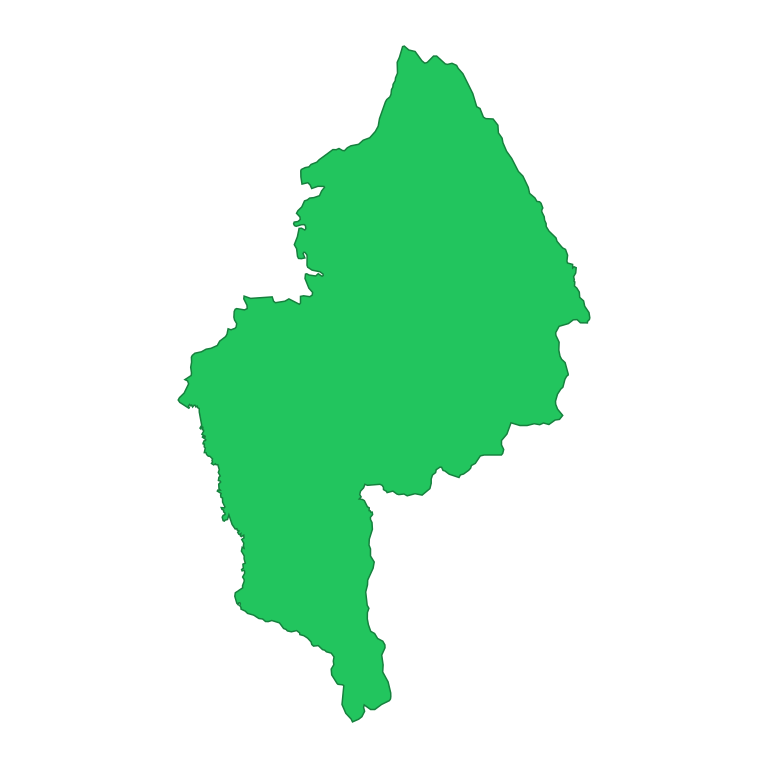 Marinilla, Antioquia, Colombia
{"feature_id": "7082276B39269491534376", "entity_name": "Marinilla", "entity_type": "district", "adm_level": 2, "iso_a3": "COL", "parent_name": "Colombia", "parent_adm1": "Antioquia", "projection": "natural_earth1", "projection_center": [-75.307, 6.179], "detail": "fine", "context": "isolated", "style": "filled", "palette": "green", "viewbox_px": 768, "rotation_deg": 0, "n_neighbors": 0, "source": "geoboundaries", "source_scale": "gbopen_adm2", "svg_char_len": 6105}
<svg xmlns="http://www.w3.org/2000/svg" viewBox="0 0 768 768"><path d="M304.5,200.9L301.8,206.9L298.0,210.6L296.5,213.3L299.9,216.9L300.3,219.4L298.0,221.5L294.2,222.1L293.6,223.8L294.5,225.6L296.2,226.3L301.4,224.7L304.5,224.6L305.5,226.1L305.8,228.7L304.8,230.0L301.5,228.2L299.1,228.4L297.4,236.7L294.3,244.7L296.6,248.7L297.5,256.3L298.5,258.4L301.4,258.7L304.9,257.9L303.0,253.4L304.0,252.2L305.0,252.5L306.8,254.7L307.1,256.3L307.0,265.2L307.7,267.2L312.0,270.1L320.0,271.8L323.1,274.1L323.2,275.5L322.0,276.3L318.2,273.7L315.7,276.0L309.0,275.0L306.8,273.8L305.5,274.1L305.0,278.5L308.9,288.2L312.6,292.4L312.2,295.1L309.8,296.7L303.6,295.8L300.5,296.4L300.5,303.0L299.4,304.3L288.9,298.9L284.9,301.2L275.4,302.7L273.6,301.3L272.2,296.9L250.6,298.4L244.1,296.1L243.8,298.9L247.0,305.3L247.2,308.6L244.5,309.9L236.6,308.6L235.2,309.3L234.2,311.5L233.9,317.2L234.5,319.9L236.7,323.6L236.1,327.1L235.0,328.3L231.0,329.8L228.1,328.8L227.0,334.2L225.6,336.6L219.7,341.1L217.3,345.5L211.0,348.3L206.1,349.2L201.4,351.8L194.9,353.2L192.3,355.4L191.4,357.2L191.6,362.2L190.7,367.3L191.5,372.9L191.2,375.5L184.9,379.6L187.6,380.9L188.6,383.9L184.1,393.1L179.5,397.6L178.2,400.0L179.8,402.4L188.8,408.2L189.3,407.7L188.5,405.9L189.6,404.5L190.8,405.8L191.7,405.1L192.6,407.0L194.1,405.2L195.1,405.3L195.9,406.9L197.1,406.1L197.7,407.7L199.2,408.5L199.3,412.2L201.7,425.2L200.0,428.1L200.9,429.0L201.9,426.7L202.8,427.2L202.7,429.8L203.6,430.2L203.6,431.3L201.9,434.3L205.2,436.3L205.0,437.1L202.8,436.4L202.4,437.1L205.7,439.5L205.5,440.5L204.1,440.8L203.0,443.3L203.2,444.0L204.4,444.0L204.2,446.9L205.3,447.9L204.3,452.6L206.0,452.7L206.6,454.5L208.2,456.1L210.0,456.4L212.5,458.9L212.0,460.4L212.5,462.0L211.5,463.5L213.7,464.9L215.4,463.8L216.0,464.7L217.8,464.7L219.3,469.8L218.3,472.4L220.2,476.0L218.9,477.3L218.4,480.5L220.2,481.1L220.7,482.0L218.7,484.1L219.0,488.7L220.2,490.1L217.8,490.1L217.3,491.1L221.1,493.4L220.6,495.1L221.0,497.3L222.5,498.0L222.6,502.1L224.9,506.9L224.4,507.8L221.2,507.6L222.0,509.4L223.7,510.3L223.6,511.9L224.9,512.9L225.0,514.5L223.1,515.4L222.2,517.2L223.1,520.6L224.3,521.1L225.2,520.1L227.5,519.5L228.9,514.9L232.1,524.5L235.2,529.0L236.8,528.7L237.2,530.1L239.0,531.0L237.7,532.2L238.7,534.1L239.7,534.6L240.8,533.8L240.5,535.9L241.3,536.6L243.7,535.2L244.0,537.9L241.7,539.5L243.8,543.2L243.4,545.6L244.0,548.2L242.2,547.2L241.4,551.1L244.2,555.9L244.1,558.9L245.3,563.1L242.9,564.2L243.3,568.2L241.6,569.5L242.1,570.9L244.1,570.4L244.6,571.1L244.6,573.5L242.6,577.0L244.1,579.5L244.2,581.2L242.5,585.8L242.7,587.8L235.3,592.8L234.8,596.3L236.8,603.2L238.1,604.7L238.5,603.0L239.8,602.7L240.4,603.9L239.7,605.5L241.0,607.5L241.0,609.1L245.2,611.1L247.6,613.4L253.6,615.1L258.9,618.5L262.6,619.0L265.5,621.5L268.3,621.6L271.8,620.5L279.5,622.9L283.6,628.5L286.0,629.4L287.4,630.9L291.4,631.8L296.6,630.6L299.6,632.9L299.9,634.6L303.9,635.7L307.6,638.1L311.0,641.8L311.8,644.5L313.5,646.1L318.3,645.6L322.5,649.6L324.7,650.2L326.4,651.8L331.2,653.1L334.0,656.9L333.3,661.2L333.8,664.7L331.2,669.1L331.7,674.9L337.1,683.5L338.0,684.3L342.7,684.8L343.8,685.8L342.0,704.5L345.8,713.3L351.1,719.0L352.5,721.9L358.7,719.2L361.9,716.7L364.6,711.3L363.6,707.5L364.2,704.9L370.6,709.5L374.8,709.5L381.5,704.5L389.4,700.6L390.5,698.9L390.8,696.5L390.7,692.9L388.1,681.9L382.7,672.0L383.1,664.9L381.7,655.1L385.0,647.8L384.9,644.9L382.8,641.2L377.6,638.5L374.6,633.5L370.7,631.3L368.4,624.7L367.3,618.9L367.4,612.5L368.9,608.3L367.2,605.3L365.7,592.0L367.5,584.9L367.7,580.1L373.1,568.2L374.2,562.0L370.5,556.0L370.5,548.9L369.0,545.1L369.3,539.1L372.4,529.3L372.0,522.5L370.5,519.6L370.4,517.3L372.6,514.6L372.2,512.1L370.8,512.2L370.3,510.9L369.1,510.6L369.2,507.8L367.4,506.8L364.4,500.7L362.5,499.5L359.2,499.0L361.1,496.9L359.7,494.5L360.5,491.2L363.6,487.8L364.9,484.3L367.4,485.3L380.0,484.3L382.1,485.3L383.4,487.2L383.5,489.6L386.4,491.3L387.1,492.6L392.9,491.1L397.0,494.1L398.8,494.6L404.0,494.0L407.2,495.8L415.0,493.7L422.1,495.1L429.9,488.6L431.2,483.3L431.2,479.0L432.5,475.0L435.6,472.6L436.2,469.7L440.0,467.1L441.6,467.3L443.0,470.4L444.8,470.9L449.2,474.2L459.0,477.5L460.4,474.9L463.6,474.0L468.7,470.3L470.6,468.2L471.4,465.5L475.3,463.4L480.3,455.9L484.1,455.0L501.4,455.0L502.7,453.4L503.7,449.5L501.5,444.9L501.5,440.5L506.9,434.1L511.0,422.8L519.9,425.5L527.2,425.5L534.2,423.7L539.7,424.7L543.5,423.0L548.9,424.5L555.2,420.0L559.5,419.4L562.7,415.4L557.6,409.2L555.7,404.3L555.5,401.2L557.5,394.2L560.7,389.2L562.9,387.2L564.9,379.4L566.6,376.3L568.2,375.0L568.2,374.0L565.1,362.6L561.6,359.3L560.0,356.2L558.8,350.1L559.1,342.2L555.9,335.4L555.7,332.6L559.1,326.3L568.4,323.6L573.3,319.8L577.1,319.6L580.4,322.8L587.4,322.9L587.5,321.5L589.4,319.5L589.8,317.8L589.0,312.6L584.7,306.2L583.6,300.9L579.7,297.4L579.3,292.1L576.7,287.9L574.5,286.1L574.8,281.9L573.9,281.1L574.3,279.6L573.6,276.7L575.7,273.0L576.2,267.7L574.1,266.8L572.7,268.0L572.6,264.4L567.5,263.0L566.9,261.1L567.6,255.2L565.5,249.4L562.6,247.9L561.0,246.1L557.0,241.3L556.0,237.9L549.0,231.1L546.2,226.5L546.1,223.5L544.6,220.2L544.2,216.7L541.8,211.8L541.8,209.9L542.8,208.0L541.0,203.2L539.6,201.8L536.9,201.4L534.9,197.9L529.6,193.4L528.3,187.4L522.9,176.1L518.4,171.5L511.8,158.6L506.6,151.3L502.9,142.7L502.1,138.2L498.4,132.9L497.9,125.2L493.1,119.0L485.7,118.6L483.4,117.1L480.0,108.5L476.7,106.7L472.8,93.6L462.9,73.7L458.2,68.4L456.6,65.4L452.0,63.3L447.6,64.4L445.4,64.0L436.7,56.1L433.5,56.1L427.3,62.4L424.8,63.2L421.9,60.8L415.1,51.5L408.8,50.0L404.3,46.1L402.6,46.6L399.4,57.4L397.2,62.3L397.5,73.2L395.5,77.9L395.2,80.7L393.1,84.3L392.8,87.2L391.5,89.5L391.0,94.3L389.9,96.9L386.8,99.5L385.5,101.7L379.5,118.6L378.2,126.2L375.3,131.5L369.7,137.8L363.2,140.2L358.6,144.3L350.9,145.8L347.3,147.8L344.5,150.7L342.5,150.5L339.0,148.5L336.2,149.7L332.9,149.6L319.2,159.7L316.8,162.2L311.1,164.4L308.9,166.9L305.2,167.6L301.3,169.5L300.8,170.8L300.9,176.9L302.0,184.1L307.8,182.7L310.1,184.9L311.7,188.5L317.9,186.3L323.9,186.4L324.5,187.3L321.6,191.0L319.5,195.7L313.9,197.6L309.6,198.1L307.4,199.9L304.5,200.9Z" fill="#22c55e" stroke="#15803d" stroke-width="1.5"/></svg>